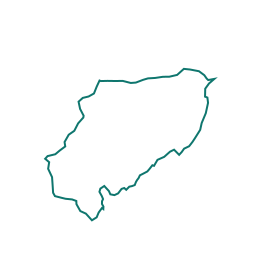 the district of Fasoula Lemesou, Limassol, Cyprus, rotated 235°
{"feature_id": "46923920B8912190336740", "entity_name": "Fasoula Lemesou", "entity_type": "district", "adm_level": 2, "iso_a3": "CYP", "parent_name": "Cyprus", "parent_adm1": "Limassol", "projection": "robinson", "projection_center": [33.027, 34.754], "detail": "fine", "context": "isolated", "style": "outline", "palette": "teal", "viewbox_px": 256, "rotation_deg": 235, "n_neighbors": 0, "source": "geoboundaries", "source_scale": "gbopen_adm2", "svg_char_len": 1348}
<svg xmlns="http://www.w3.org/2000/svg" viewBox="0 0 256 256"><g transform="rotate(235 128 128)"><path d="M75.8,61.3L77.7,62.8L80.7,63.1L82.9,64.7L84.1,66.8L87.3,67.5L92.1,68.0L94.2,70.6L94.1,75.3L90.9,75.7L87.3,76.2L83.8,75.5L80.8,78.4L80.1,82.4L81.8,87.8L81.0,90.5L78.4,91.1L79.2,95.4L78.1,98.0L77.4,100.8L79.2,103.5L80.2,105.7L80.8,107.7L81.2,108.5L82.4,110.6L81.8,114.9L81.3,118.9L82.1,122.0L83.5,126.6L82.1,127.6L85.0,133.9L83.6,141.1L84.5,148.8L83.8,153.3L76.7,154.5L77.5,158.2L78.9,162.1L78.0,167.6L79.6,172.8L81.3,177.1L81.8,178.3L85.1,186.1L89.8,191.2L95.5,200.2L102.7,208.0L107.4,210.5L109.5,209.1L115.9,213.8L118.0,219.9L118.7,226.9L119.2,225.8L121.3,221.2L123.4,220.8L124.9,220.8L127.5,220.8L133.8,218.7L140.3,212.4L143.5,208.7L144.4,207.7L143.3,198.7L146.3,191.3L149.9,186.0L153.4,179.0L157.2,172.8L158.8,168.0L160.7,160.5L163.3,156.1L169.6,150.7L173.6,144.8L178.3,138.3L182.1,132.6L183.2,131.9L179.9,126.2L175.8,119.9L176.4,113.8L178.6,108.2L177.9,102.6L171.1,99.7L163.5,98.7L162.2,97.4L160.4,89.8L156.5,82.4L156.5,75.6L152.9,68.0L148.9,66.0L148.7,59.2L148.2,53.4L151.1,46.0L150.3,42.5L145.2,43.8L140.4,39.2L131.3,37.6L125.8,34.3L117.9,29.5L114.1,29.1L108.5,33.9L105.8,36.3L101.6,41.2L97.9,43.8L95.2,42.1L87.3,41.3L82.0,44.4L73.1,45.5L72.8,51.1L75.6,55.5L77.4,60.8L75.8,61.3Z" fill="none" stroke="#0f766e" stroke-width="2"/></g></svg>